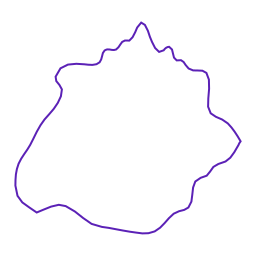 SVG path tracing the border of Aguascalientes
{"feature_id": "MEX-2717", "entity_name": "Aguascalientes", "entity_type": "State", "adm_level": 1, "iso_a3": "MEX", "parent_name": "Mexico", "parent_adm1": "", "projection": "natural_earth1", "projection_center": [-102.327, 22.067], "detail": "fine", "context": "isolated", "style": "outline", "palette": "violet", "viewbox_px": 256, "rotation_deg": 0, "n_neighbors": 0, "source": "natural_earth", "source_scale": "10m", "svg_char_len": 1575}
<svg xmlns="http://www.w3.org/2000/svg" viewBox="0 0 256 256"><path d="M240.6,141.3L240.1,142.1L239.5,142.9L239.0,143.8L238.6,144.8L234.3,152.2L230.3,157.7L225.5,161.5L218.3,164.0L213.4,166.9L210.2,171.4L206.7,175.7L200.7,177.8L195.3,181.5L193.1,187.5L192.3,194.6L191.4,201.6L188.4,207.5L184.2,209.9L179.1,211.2L173.7,213.7L168.9,218.2L164.6,223.1L160.1,227.7L154.7,231.4L148.5,233.2L142.4,233.4L136.2,232.6L129.8,231.7L122.8,230.5L115.8,229.2L108.9,227.9L101.9,226.9L91.6,223.9L83.1,218.0L74.9,211.5L65.7,206.1L58.8,204.8L51.1,206.6L43.4,209.7L36.7,212.5L29.1,207.3L22.3,202.4L17.5,195.8L15.4,185.6L15.5,179.9L15.9,174.4L16.9,169.0L18.6,163.7L21.2,158.7L24.2,154.1L27.3,149.6L30.2,144.9L33.5,138.4L36.8,131.7L40.5,125.2L44.5,119.5L49.2,114.2L53.8,108.8L57.8,102.9L60.9,96.3L61.9,89.4L59.4,84.9L56.3,81.1L55.6,76.7L60.5,68.3L67.9,64.6L76.3,63.8L84.4,64.3L88.1,64.7L92.4,64.9L96.5,64.2L99.6,62.3L101.2,59.4L102.1,56.1L102.9,53.0L104.6,50.5L105.3,50.1L106.0,49.8L106.8,49.5L107.5,49.4L109.7,49.5L111.9,49.9L114.0,50.0L116.1,49.5L118.5,47.2L120.3,44.5L122.2,41.9L125.0,40.5L129.3,40.6L132.6,37.2L135.2,32.2L137.2,27.5L141.2,22.6L144.9,24.9L147.9,30.8L149.9,36.8L152.0,41.9L155.1,48.0L159.1,51.9L163.7,50.3L164.8,48.9L166.1,47.8L167.5,47.1L169.1,46.8L172.0,49.5L173.0,53.6L174.0,57.6L176.7,60.4L181.0,60.2L183.6,62.0L185.7,65.1L188.6,68.5L193.1,70.4L197.8,70.5L202.4,70.7L206.4,72.9L208.9,79.6L209.1,88.8L208.3,98.5L208.1,106.7L210.7,113.3L215.9,116.8L222.1,119.5L227.8,123.4L231.5,127.5L234.7,131.8L237.7,136.4L240.6,141.3Z" fill="none" stroke="#5b21b6" stroke-width="2"/></svg>